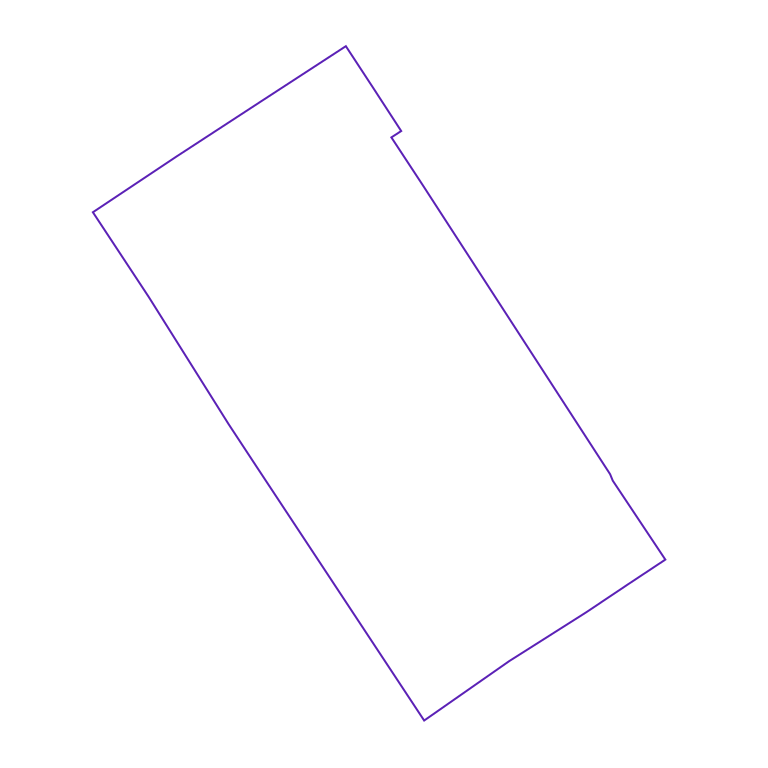 the district of DeKalb, Illinois, United States of America, rotated 327°
{"feature_id": "52423323B8884697818059", "entity_name": "DeKalb", "entity_type": "district", "adm_level": 2, "iso_a3": "USA", "parent_name": "United States of America", "parent_adm1": "Illinois", "projection": "mercator", "projection_center": [-88.72, 41.891], "detail": "fine", "context": "isolated", "style": "outline", "palette": "violet", "viewbox_px": 768, "rotation_deg": 327, "n_neighbors": 0, "source": "geoboundaries", "source_scale": "gbopen_adm2", "svg_char_len": 402}
<svg xmlns="http://www.w3.org/2000/svg" viewBox="0 0 768 768"><g transform="rotate(327 384 384)"><path d="M524.5,582.8L524.5,566.0L524.8,237.5L524.5,181.2L536.2,181.2L536.2,130.6L536.0,79.9L435.2,80.0L334.5,80.2L233.4,81.4L234.1,182.8L231.8,333.2L232.1,383.7L234.4,688.1L338.1,684.6L429.3,685.6L479.5,684.9L524.3,684.5L523.2,589.7L524.5,582.8Z" fill="none" stroke="#5b21b6" stroke-width="2"/></g></svg>